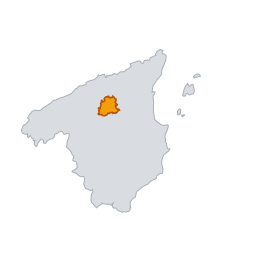 Spain, with Soria highlighted, rotated 325°
{"feature_id": "ESP-5845", "entity_name": "Soria", "entity_type": "Autonomous Community", "adm_level": 1, "iso_a3": "ESP", "parent_name": "Spain", "parent_adm1": "", "projection": "orthographic", "projection_center": [-2.461, 41.603], "detail": "fine", "context": "in_parent", "style": "filled", "palette": "amber", "viewbox_px": 256, "rotation_deg": 325, "n_neighbors": 0, "source": "natural_earth", "source_scale": "10m", "svg_char_len": 6496}
<svg xmlns="http://www.w3.org/2000/svg" viewBox="0 0 256 256"><g transform="rotate(325 128 128)"><path d="M134.4,67.5L134.4,68.1L135.5,69.3L138.6,69.9L139.4,70.4L139.2,72.0L138.5,73.4L139.2,74.0L139.9,74.0L140.8,72.8L141.0,73.6L142.5,74.2L145.6,75.4L147.8,75.6L150.1,78.0L153.8,77.5L157.2,79.8L160.4,79.1L161.1,79.6L166.0,79.5L166.2,77.5L166.7,76.7L175.3,79.1L176.4,80.7L176.2,81.6L176.7,83.5L177.8,83.4L180.0,82.2L183.0,83.4L183.8,84.6L184.4,84.6L186.5,83.3L192.5,84.4L192.6,83.4L193.0,83.2L195.4,82.2L196.5,81.9L199.6,82.3L200.1,83.4L200.7,83.8L201.0,84.8L199.2,85.4L199.1,87.1L200.4,88.5L200.7,90.9L197.7,94.2L188.9,100.0L186.0,103.4L179.3,105.3L172.3,108.0L168.3,112.4L169.4,112.6L170.7,114.0L170.3,114.7L168.5,115.7L166.8,116.1L163.9,121.4L159.7,126.9L158.2,129.4L154.9,135.8L154.9,137.6L156.8,143.8L157.8,145.4L159.2,146.7L161.8,147.8L162.5,149.0L161.6,150.1L159.1,152.1L154.6,154.9L152.7,157.0L152.4,159.0L151.0,160.0L150.6,162.8L148.8,166.7L148.7,167.8L150.2,169.1L148.8,170.1L141.7,170.5L137.4,173.6L135.2,176.4L133.2,181.4L130.8,184.4L129.7,185.0L128.1,183.7L126.0,183.5L124.0,183.9L122.9,184.9L121.3,185.5L119.6,185.0L116.2,184.7L114.6,184.7L112.2,185.5L110.1,185.0L106.6,184.6L98.9,185.1L98.0,185.4L94.5,188.8L90.8,188.7L87.4,190.0L85.1,193.2L84.6,195.0L83.9,194.6L83.4,194.7L83.1,196.0L80.8,196.8L78.2,195.6L76.1,193.9L74.9,193.7L73.2,191.1L72.5,189.4L72.0,187.6L72.0,186.4L70.4,185.6L70.1,184.0L71.3,181.9L72.9,180.9L71.5,180.9L70.4,182.2L69.1,180.0L63.8,175.5L64.1,174.0L63.2,175.1L62.5,175.3L59.7,175.0L56.5,175.3L55.5,168.1L56.4,165.7L60.3,161.0L62.6,160.4L63.6,158.0L61.5,158.0L58.5,152.9L59.6,148.5L63.0,145.2L63.6,143.9L63.8,142.6L63.2,141.7L61.5,141.1L59.9,137.5L59.6,135.2L58.2,133.9L57.1,131.6L58.2,131.3L62.7,131.6L63.9,131.0L64.8,129.6L65.7,127.2L66.0,125.7L64.4,123.5L64.3,123.1L64.6,122.4L67.5,120.1L67.0,118.3L67.6,114.6L67.5,112.5L67.3,110.7L66.5,108.3L67.1,107.4L68.6,106.7L69.8,104.9L71.5,103.4L73.7,102.2L76.4,99.5L76.0,98.3L75.2,97.5L72.1,96.9L72.0,96.3L72.1,93.3L71.4,92.1L70.3,92.2L68.6,91.5L68.1,91.9L66.0,91.7L64.5,91.0L63.8,91.5L63.6,92.5L61.0,93.4L59.6,93.3L57.3,92.3L54.6,92.4L54.3,92.2L51.9,93.2L51.2,93.2L50.3,91.7L51.7,89.6L50.8,87.5L50.1,87.4L45.8,88.6L43.2,90.4L42.2,90.6L41.9,90.2L41.9,87.4L44.7,84.6L43.1,84.3L43.3,83.4L44.4,82.1L43.4,81.0L43.6,78.0L41.3,78.8L40.7,78.6L40.8,77.4L42.4,75.1L40.9,74.8L39.9,73.8L38.6,71.7L38.7,70.7L39.7,68.3L41.7,67.3L43.8,65.8L46.4,66.3L50.5,65.2L51.9,64.5L51.9,63.5L51.5,62.7L51.9,62.0L55.3,60.2L57.2,60.1L59.2,59.2L60.5,60.0L61.7,59.8L63.0,60.7L64.6,62.5L67.1,63.4L69.2,62.9L79.7,63.3L82.7,62.5L84.9,63.7L89.4,64.4L92.1,65.4L99.5,67.1L102.2,67.2L107.6,65.8L109.1,66.2L111.3,65.5L112.3,65.6L113.6,66.7L118.4,68.2L119.6,67.0L120.6,66.7L124.0,67.4L127.5,68.9L129.3,69.0L131.9,68.6L134.4,67.5ZM201.8,128.9L203.1,129.4L204.4,128.8L205.2,128.9L205.9,129.1L206.1,130.2L203.5,135.9L201.3,137.5L198.9,136.5L197.5,136.3L197.1,135.9L196.7,134.1L196.0,133.6L195.1,133.4L193.3,134.9L192.7,134.0L191.9,133.9L191.5,133.4L191.5,132.6L196.8,128.0L198.4,127.0L201.7,125.7L202.3,125.8L201.9,126.5L202.4,127.1L201.8,128.9ZM217.4,125.5L216.9,127.1L212.6,125.4L211.3,125.2L210.9,125.0L211.0,123.4L213.7,123.0L216.0,123.6L217.4,125.5ZM179.5,145.5L179.0,146.6L176.9,146.3L176.4,145.9L176.8,144.6L177.4,144.5L177.4,143.6L178.0,142.7L180.9,141.9L181.6,142.4L181.8,143.3L180.1,145.2L179.5,145.5ZM181.7,149.7L181.4,150.0L179.1,149.9L179.0,149.2L179.4,148.2L180.3,149.1L181.6,149.2L181.7,149.7Z" fill="#d9dde1" stroke="#a8b0b8" stroke-width="1"/><path d="M133.8,93.1L133.9,94.0L134.1,94.6L134.4,95.0L134.3,95.4L134.2,95.5L134.0,95.9L134.0,96.0L134.1,96.3L134.3,96.6L134.4,96.8L134.5,97.0L134.8,97.3L134.7,97.5L134.6,97.9L134.5,98.1L134.4,98.3L134.1,98.4L133.9,98.5L133.7,98.6L133.4,98.9L133.1,99.2L133.1,99.3L132.9,99.4L132.6,99.3L132.4,99.3L132.2,99.4L132.1,99.5L132.1,99.8L132.3,100.4L132.3,101.0L132.3,101.3L132.4,101.5L132.5,101.6L132.6,101.8L132.7,102.7L132.5,102.8L132.4,102.8L132.2,102.8L132.0,103.0L131.8,103.1L131.7,103.2L131.4,103.0L131.4,102.9L131.5,102.8L131.5,102.6L131.4,102.5L131.4,102.4L131.1,102.2L130.7,102.2L130.5,102.3L130.4,102.4L130.4,102.5L130.4,102.8L130.4,103.0L130.3,103.4L130.2,103.5L129.9,103.7L129.9,103.8L129.7,104.2L129.7,104.8L129.8,105.0L129.9,105.3L130.0,105.9L130.0,106.6L130.2,106.8L130.3,106.8L130.5,106.9L130.8,106.9L130.9,107.0L131.2,107.2L131.3,107.3L131.3,107.6L131.2,108.1L131.2,108.4L131.2,108.5L130.9,108.4L130.5,108.1L130.4,108.0L130.3,107.9L130.2,107.9L130.1,108.0L129.6,108.4L129.4,108.4L129.1,108.4L128.9,108.4L128.7,108.5L128.4,108.7L128.2,108.8L127.8,108.9L127.7,108.9L127.4,108.7L127.2,108.6L126.6,108.9L126.4,108.9L126.0,108.7L125.9,108.6L125.7,108.4L125.7,108.1L125.5,107.9L125.4,107.9L125.2,107.7L125.1,107.4L124.9,107.2L124.8,107.3L124.7,107.4L124.3,107.4L124.2,107.4L124.3,107.1L124.2,106.8L124.0,106.7L123.9,106.6L124.1,106.4L124.2,106.2L123.9,106.1L123.7,106.1L123.5,105.9L123.3,105.8L123.0,105.7L122.7,105.6L122.5,105.4L122.4,105.3L122.3,105.2L122.2,105.2L121.9,105.2L121.8,105.3L121.6,105.4L121.3,105.4L120.8,105.3L120.6,105.2L120.5,104.8L120.4,104.7L120.3,104.4L120.1,104.3L119.9,104.3L119.7,104.4L119.6,104.5L119.3,104.8L119.0,104.9L118.1,105.0L117.6,105.0L116.1,104.7L114.3,103.3L114.2,103.1L114.2,102.8L114.3,102.0L114.2,101.9L113.7,101.7L113.3,101.5L113.2,101.4L113.2,100.9L113.0,100.7L112.8,100.6L112.7,100.6L112.4,100.7L111.9,100.4L111.7,100.3L111.7,100.1L111.6,99.7L111.6,99.4L111.7,99.2L111.8,99.2L112.7,99.5L113.6,97.8L114.1,97.7L114.1,96.9L114.6,96.8L115.1,96.5L115.1,96.4L115.0,95.2L115.0,94.9L115.2,94.7L115.5,94.7L115.7,95.0L115.8,95.1L116.1,95.3L116.5,96.0L117.8,94.4L118.2,94.3L118.6,94.3L118.8,93.7L119.0,93.6L119.2,93.4L119.3,93.0L119.7,92.0L120.0,91.9L120.5,92.1L120.9,91.9L121.3,91.7L121.5,91.4L121.5,91.2L121.5,90.9L121.6,90.7L121.8,90.4L122.3,90.2L122.4,90.3L122.5,90.3L122.6,90.5L122.5,91.0L122.3,91.2L122.3,91.3L122.2,91.5L122.1,91.9L122.2,92.0L122.4,92.1L122.6,92.1L122.9,92.2L123.1,92.4L123.3,92.4L123.8,92.3L124.2,92.4L124.4,92.4L124.5,92.2L124.8,91.7L124.9,91.4L125.0,91.4L125.1,91.2L125.2,90.9L125.2,90.6L125.3,90.4L125.6,90.5L125.7,90.4L126.0,90.2L126.5,89.9L127.4,89.9L128.0,89.9L128.2,90.0L128.3,90.2L128.3,90.3L128.4,90.6L128.6,90.8L129.4,90.5L129.7,90.5L129.9,90.5L130.1,90.6L130.3,90.8L130.2,91.0L129.9,91.3L130.0,91.5L130.4,92.0L130.5,92.2L130.6,92.3L130.4,92.5L130.5,93.0L131.4,93.4L131.6,93.4L132.0,93.5L132.2,93.8L132.4,93.8L132.7,93.8L132.8,93.7L133.2,93.5L133.3,93.4L133.8,93.1Z" fill="#f59e0b" stroke="#b45309" stroke-width="1.5"/></g></svg>